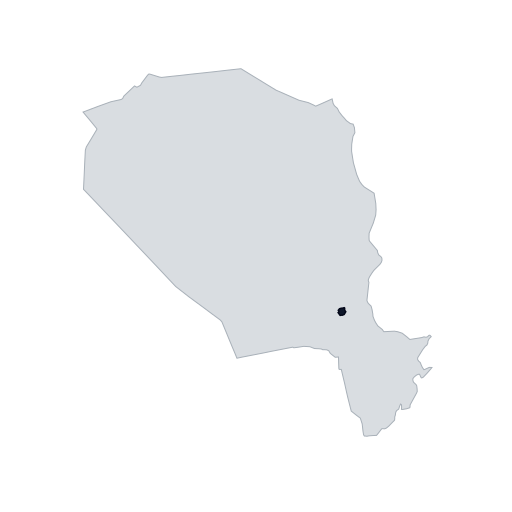 location of Tahoua Ville, Tahoua, Niger, rotated 259°
{"feature_id": "23599985B25077979802367", "entity_name": "Tahoua Ville", "entity_type": "district", "adm_level": 2, "iso_a3": "NER", "parent_name": "Niger", "parent_adm1": "Tahoua", "projection": "mercator", "projection_center": [5.259, 14.899], "detail": "fine", "context": "in_parent", "style": "filled", "palette": "ink", "viewbox_px": 512, "rotation_deg": 259, "n_neighbors": 0, "source": "geoboundaries", "source_scale": "gbopen_adm2", "svg_char_len": 3473}
<svg xmlns="http://www.w3.org/2000/svg" viewBox="0 0 512 512"><g transform="rotate(259 256 256)"><path d="M395.7,360.7L391.1,360.8L388.6,361.6L385.3,364.1L381.6,365.1L377.2,367.3L374.3,369.1L371.7,370.5L368.0,373.9L366.9,376.5L363.2,377.1L358.2,376.6L354.9,374.0L347.5,371.3L342.6,370.2L340.4,369.8L329.0,369.4L316.8,370.4L310.6,371.7L309.4,372.0L305.9,373.6L303.0,375.5L295.1,383.9L284.7,383.6L278.5,382.7L273.3,381.3L265.9,377.4L256.8,371.4L253.3,370.6L250.1,370.1L249.1,370.2L238.2,376.2L236.1,376.1L233.6,376.7L231.9,378.2L230.6,379.0L229.3,379.1L227.6,378.8L225.9,377.8L224.3,376.2L219.8,369.5L218.9,368.4L217.0,366.4L213.7,363.3L211.6,361.9L210.2,361.5L208.6,361.8L199.9,359.1L191.2,356.4L189.3,356.7L187.9,357.3L184.9,359.4L181.3,359.7L176.8,359.6L174.4,359.3L170.4,360.0L167.7,360.8L164.2,362.2L159.7,366.0L158.4,366.5L157.3,367.1L155.8,377.5L154.6,380.7L152.3,384.8L147.8,388.7L144.7,391.1L144.6,394.3L144.4,399.6L144.3,403.2L144.6,405.5L144.0,406.7L143.8,407.7L144.0,409.2L144.7,409.9L145.2,410.9L144.9,411.7L143.4,412.6L141.8,410.2L139.7,408.6L137.5,407.9L135.9,406.7L135.1,405.0L132.2,401.7L125.3,395.3L124.6,395.1L123.5,394.9L121.6,395.7L120.4,396.7L119.5,397.1L118.3,397.2L115.0,398.0L112.4,399.1L112.4,399.9L113.6,404.8L113.0,407.4L111.9,406.2L108.1,401.3L105.5,397.6L105.0,396.8L104.7,395.5L104.9,395.0L106.0,394.6L108.3,394.1L108.8,393.8L108.9,392.8L108.5,390.9L107.2,388.4L105.8,386.7L105.1,386.4L103.6,386.3L102.1,386.5L99.2,388.6L97.9,389.0L94.9,388.8L92.2,388.4L90.6,387.3L85.8,383.3L80.5,378.9L78.2,378.3L77.7,377.9L77.3,374.6L77.4,370.6L77.7,369.5L79.9,370.1L82.3,370.4L83.1,369.7L81.2,368.3L78.5,366.9L77.5,364.7L76.7,363.9L75.4,363.1L74.0,362.7L72.6,362.1L71.7,361.5L70.1,361.2L68.4,360.7L66.0,357.2L63.6,353.8L62.2,351.1L61.8,349.4L62.5,346.7L61.7,345.6L59.1,342.7L56.9,340.1L57.5,336.1L57.9,332.7L57.9,330.5L58.3,329.3L58.6,328.0L60.0,327.5L63.7,327.6L70.9,328.2L76.7,327.5L77.0,327.4L81.1,323.7L85.6,319.9L92.4,319.5L99.7,319.1L105.4,318.9L113.8,318.7L120.6,318.4L128.4,318.1L128.7,316.4L129.1,315.9L129.9,315.9L135.7,316.8L141.1,317.7L141.5,314.4L146.3,310.3L149.0,309.4L149.6,308.7L150.5,307.3L151.0,305.1L151.3,303.6L152.3,302.3L153.0,299.9L154.0,295.8L156.7,291.5L158.2,285.6L158.4,279.9L158.7,275.6L159.5,274.7L159.5,267.0L159.5,259.2L159.5,252.7L159.4,244.5L159.4,237.3L159.4,229.5L159.4,222.5L159.3,217.8L164.8,216.7L170.5,215.5L178.8,213.8L187.8,212.0L197.7,210.0L199.9,208.8L207.3,202.0L210.6,199.0L217.3,192.9L222.4,188.2L228.9,182.2L235.8,176.2L241.3,171.4L250.0,165.9L263.0,157.7L276.1,149.4L289.1,141.1L302.2,132.8L315.2,124.5L328.3,116.1L341.3,107.8L354.4,99.4L367.5,102.6L380.0,105.6L392.5,108.7L395.5,110.3L402.1,116.3L410.6,123.9L411.0,124.0L411.4,124.0L419.6,119.6L430.3,113.7L433.0,129.5L435.1,143.0L435.3,151.6L435.4,153.8L436.2,155.3L438.2,156.8L446.1,169.2L444.4,171.3L445.6,175.2L447.6,176.8L454.2,184.1L455.1,185.6L454.7,186.7L450.1,195.3L449.3,197.4L448.4,208.4L447.7,216.1L446.9,226.6L445.8,239.2L444.9,249.8L443.8,263.8L442.7,277.0L436.1,284.2L424.4,297.0L414.9,307.4L410.1,314.4L400.7,327.9L396.6,336.6L393.3,341.2L391.7,343.2L393.1,349.6L395.7,360.7Z" fill="#d9dde1" stroke="#a8b0b8" stroke-width="1"/><path d="M185.3,326.6L184.8,325.8L181.7,327.2L181.6,327.5L181.6,329.0L181.4,329.5L181.8,331.4L183.7,333.1L184.2,333.5L185.7,332.8L186.8,332.8L187.9,333.1L188.4,332.8L188.4,332.0L188.3,330.6L188.5,329.8L188.3,327.9L187.0,326.4L186.1,326.8L185.3,326.6Z" fill="#0f172a" stroke="#020617" stroke-width="1.5"/></g></svg>